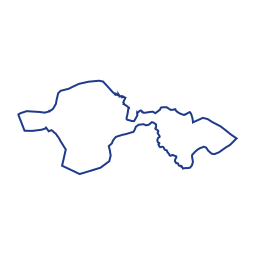 the district of Ngaski, Kebbi, Nigeria, rotated 71°
{"feature_id": "59680162B87284296025200", "entity_name": "Ngaski", "entity_type": "district", "adm_level": 2, "iso_a3": "NGA", "parent_name": "Nigeria", "parent_adm1": "Kebbi", "projection": "robinson", "projection_center": [4.799, 10.576], "detail": "fine", "context": "isolated", "style": "outline", "palette": "blue", "viewbox_px": 256, "rotation_deg": 71, "n_neighbors": 0, "source": "geoboundaries", "source_scale": "gbopen_adm2", "svg_char_len": 4184}
<svg xmlns="http://www.w3.org/2000/svg" viewBox="0 0 256 256"><g transform="rotate(71 128 128)"><path d="M133.9,64.1L133.4,64.3L133.1,64.4L133.1,64.7L133.2,65.0L133.2,65.3L133.2,65.5L133.2,65.8L133.3,66.4L133.4,67.0L133.5,67.2L133.7,68.1L133.8,68.4L133.7,68.7L133.6,68.9L133.6,69.2L133.8,69.6L133.9,69.8L134.0,70.0L133.9,70.1L133.9,70.5L133.8,71.0L131.1,74.3L128.1,76.7L127.7,76.8L127.4,76.7L126.1,77.5L125.8,77.5L125.6,77.4L125.3,80.0L124.7,81.8L120.9,84.8L119.4,89.5L119.5,90.0L119.6,90.4L121.1,91.8L122.9,97.3L120.6,99.3L119.9,102.4L119.5,104.8L119.4,105.4L119.3,106.0L119.2,106.5L119.1,107.0L119.0,107.4L118.8,107.9L118.7,108.1L118.6,108.3L118.5,108.6L118.2,108.8L118.0,109.0L117.7,109.0L117.6,109.4L117.4,109.4L116.8,109.4L116.4,109.5L115.9,109.8L115.7,110.0L115.6,110.6L115.6,111.3L115.7,111.7L115.8,111.9L116.0,112.3L116.2,112.6L116.3,112.8L116.5,113.1L116.6,113.3L116.6,113.6L116.5,113.8L116.3,114.1L116.1,114.2L116.7,114.5L117.9,114.8L118.9,114.9L121.6,117.8L123.4,119.9L123.2,120.9L122.7,122.0L121.9,123.1L119.9,126.1L119.0,126.4L118.6,126.2L118.1,126.1L114.3,123.7L111.4,122.2L111.0,122.0L109.4,121.1L109.6,120.6L109.4,120.5L108.8,120.6L108.5,120.9L107.8,121.4L107.1,121.8L106.4,122.2L105.9,122.7L105.4,123.2L105.1,123.3L104.7,123.6L104.0,124.3L103.8,124.0L103.5,123.8L103.1,124.1L102.6,124.0L102.2,124.1L100.0,122.1L98.6,120.6L97.9,121.2L97.1,122.2L97.1,122.3L97.1,122.8L96.8,122.9L96.8,123.1L96.9,123.5L96.6,123.5L96.4,123.3L96.2,122.9L96.0,123.1L96.3,123.9L96.1,124.0L95.9,123.9L95.7,124.1L95.6,124.4L95.7,125.3L95.6,125.5L95.3,125.0L94.3,125.9L93.7,125.8L93.4,126.0L92.9,126.1L93.2,126.2L93.3,126.3L93.6,126.3L93.7,126.6L93.4,127.3L93.0,127.8L92.8,127.7L92.7,128.0L92.5,129.1L92.3,129.2L92.1,127.9L91.8,128.0L91.5,128.7L91.2,128.9L91.2,129.0L91.3,129.3L91.1,129.4L89.7,130.5L88.4,131.1L81.8,133.9L75.9,136.5L73.8,140.2L73.8,140.3L71.4,150.2L70.3,159.9L70.3,160.3L71.0,166.7L71.6,171.3L71.1,177.1L70.9,179.6L72.4,182.7L75.9,184.9L77.4,185.9L81.7,188.3L85.1,192.2L86.2,194.6L86.2,196.6L86.2,196.8L86.7,196.8L86.4,201.7L86.3,201.9L83.9,206.7L83.6,207.5L79.1,218.3L79.0,224.3L79.0,225.0L79.4,226.5L79.5,227.2L81.0,227.3L96.9,226.7L99.6,219.4L101.5,210.3L101.6,206.7L101.0,205.6L100.9,205.4L105.3,204.0L105.1,201.2L106.5,200.1L107.9,199.4L110.2,198.0L112.2,197.5L114.3,196.8L116.0,196.4L117.3,196.3L119.1,195.9L120.0,195.7L121.1,195.5L122.2,195.2L123.9,194.8L125.0,194.6L128.0,193.8L142.2,202.6L155.8,188.7L156.6,166.9L153.3,156.5L148.5,153.4L145.8,152.9L143.0,152.4L138.9,152.1L137.3,148.3L135.1,146.4L133.9,144.8L132.5,142.4L132.5,139.2L132.6,137.7L132.6,135.9L133.1,131.6L133.2,128.6L133.4,124.0L131.7,122.1L129.4,120.2L128.4,116.9L129.5,112.1L130.9,110.5L131.2,110.2L131.3,110.1L131.7,107.5L130.3,103.6L130.7,102.8L130.8,102.6L131.5,102.0L132.5,101.2L133.2,100.6L133.8,100.4L135.7,100.9L136.5,101.4L137.1,102.2L137.5,102.3L138.1,102.2L138.5,101.7L139.2,101.1L139.9,100.7L140.5,100.4L141.2,100.5L141.9,101.4L142.5,101.6L143.9,101.3L145.4,100.9L146.2,100.8L146.8,101.1L147.0,102.1L147.5,103.1L148.9,104.2L149.9,104.3L151.2,104.4L152.0,103.7L152.4,103.3L152.9,103.5L153.4,104.5L155.0,104.5L156.0,104.2L156.5,103.9L156.6,103.6L156.7,103.4L156.7,102.4L156.9,101.8L156.9,101.7L157.2,101.2L157.5,100.9L158.0,100.6L159.4,100.6L160.9,100.0L161.3,99.3L161.9,98.6L163.3,98.6L164.9,98.1L166.3,97.5L167.3,97.6L167.9,97.2L168.1,96.5L168.2,95.8L168.0,95.1L168.1,94.5L168.2,94.4L168.3,94.1L168.9,93.6L169.5,92.9L170.2,92.0L170.6,91.6L171.2,91.8L171.9,92.2L172.4,92.9L172.9,93.5L173.8,94.0L174.3,94.3L174.5,94.4L175.9,94.2L176.9,93.8L177.0,93.8L177.3,93.0L177.3,92.8L177.6,92.5L177.8,92.3L179.5,92.2L180.1,92.1L180.4,91.8L181.0,90.4L181.0,90.2L181.3,89.9L181.6,90.1L181.9,90.3L182.2,90.1L182.3,90.0L182.6,89.5L183.1,89.3L184.2,89.3L184.5,87.1L185.4,84.3L185.7,82.2L184.0,79.6L181.1,77.6L176.5,76.9L174.3,76.1L172.0,71.7L171.0,68.9L170.5,66.3L170.4,62.5L170.4,62.4L172.0,60.5L175.7,59.5L179.6,57.2L180.7,55.0L180.8,54.8L180.8,54.1L180.6,49.9L178.2,41.7L177.2,37.0L175.8,34.1L174.2,30.9L173.2,28.7L167.7,32.8L163.5,35.4L156.6,39.9L150.0,46.2L145.4,49.9L143.4,53.0L142.8,53.9L143.8,64.7L143.5,64.6L139.9,63.9L135.3,63.7L133.9,64.1Z" fill="none" stroke="#1e3a8a" stroke-width="2"/></g></svg>